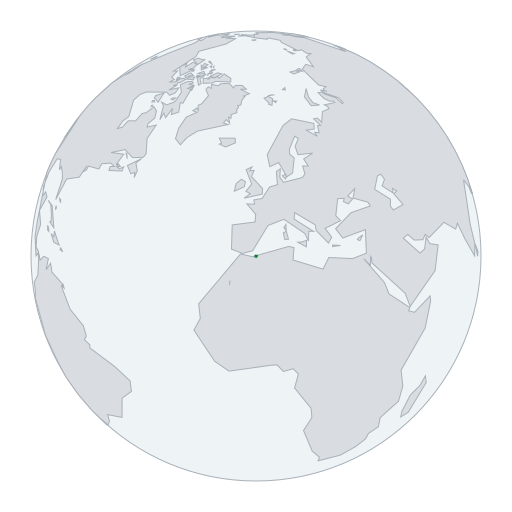 Aïn Témouchent highlighted on a globe, orthographic projection
{"feature_id": "DZA-2144", "entity_name": "Aïn Témouchent", "entity_type": "Province", "adm_level": 1, "iso_a3": "DZA", "parent_name": "Algeria", "parent_adm1": "", "projection": "orthographic", "projection_center": [-1.072, 35.355], "detail": "fine", "context": "on_globe", "style": "filled", "palette": "green", "viewbox_px": 512, "rotation_deg": 0, "n_neighbors": 0, "source": "natural_earth", "source_scale": "10m", "svg_char_len": 9947}
<svg xmlns="http://www.w3.org/2000/svg" viewBox="0 0 512 512"><circle cx="256" cy="256" r="225" fill="#eef3f6" stroke="#a8b0b8"/><path d="M76.9,119.4L86.6,107.5L93.4,100.0L95.9,97.6L112.5,82.5L130.9,70.9L125.3,75.0L130.3,72.3L137.8,67.3L141.4,64.7L169.0,53.0L194.8,42.9L199.4,40.0L201.1,40.9L207.5,36.4L219.2,33.8L208.1,36.7L208.6,37.2L217.7,35.0L220.1,35.1L225.9,34.3L228.1,34.8L221.5,37.1L222.7,37.7L229.0,36.2L235.2,36.2L225.7,38.2L235.5,38.6L226.1,44.0L199.1,51.2L195.9,56.6L173.5,71.1L177.6,70.9L171.7,77.1L174.3,79.5L169.4,82.1L175.6,81.8L179.6,79.1L183.7,78.2L185.6,79.5L179.7,82.8L177.9,82.6L177.1,84.3L173.3,85.5L176.3,85.7L168.9,89.9L178.9,87.8L175.2,93.0L169.6,95.3L166.8,92.2L146.6,92.0L140.0,94.4L133.6,100.2L128.8,116.6L122.9,120.9L117.5,128.6L122.3,127.2L128.2,120.8L135.7,120.8L142.1,113.5L146.1,112.7L154.0,106.9L156.5,111.0L154.6,118.3L148.1,123.5L147.1,127.1L156.2,125.1L147.1,138.4L146.1,153.8L143.3,157.3L132.6,157.7L125.0,149.6L111.1,152.5L123.8,154.2L116.7,163.7L117.0,167.0L119.6,168.8L123.7,166.8L122.0,171.1L108.9,170.4L110.2,166.5L114.3,166.5L110.8,163.1L101.8,163.7L98.9,169.0L88.5,166.1L86.3,170.0L82.8,172.0L87.0,165.7L79.2,177.2L66.6,179.0L55.7,199.6L62.4,178.8L62.3,172.2L61.3,166.6L59.4,169.8L60.6,159.4L57.2,158.8L49.2,171.6L43.5,186.3L42.8,195.8L45.7,191.8L47.0,197.0L39.5,210.4L40.6,224.4L36.7,236.8L36.1,247.1L38.3,250.9L40.1,260.1L43.7,256.3L48.4,258.5L46.1,269.7L50.6,263.2L52.0,272.2L62.8,284.3L61.3,285.9L70.1,309.2L83.3,325.7L86.3,336.1L84.4,339.7L89.8,344.7L89.9,348.0L114.7,366.5L130.1,380.9L131.4,391.4L122.1,398.1L122.0,417.4L107.6,414.6L109.5,421.0L108.1,424.9L98.6,416.9L107.2,425.0L106.9,424.9L91.9,410.3L78.3,394.5L66.2,377.4L57.9,361.9L53.5,352.6L45.5,335.2L35.3,297.8L35.3,290.0L34.3,282.3L37.9,275.0L38.7,258.2L37.9,253.2L36.0,255.8L35.1,236.4L37.2,221.7L47.1,171.7L50.9,162.8L55.3,153.9L80.7,114.6L64.1,138.1L76.9,119.4ZM52.2,205.7L53.8,227.8L49.8,221.8L51.1,221.4L51.4,214.3L50.8,204.7L48.2,200.3L52.2,205.7ZM59.9,200.5L59.4,197.6L60.3,199.6L59.9,200.5ZM142.6,63.7L137.7,67.3L130.0,72.0L133.9,69.0L142.6,63.7ZM157.5,56.0L155.9,57.3L150.3,59.4L153.0,58.0L157.5,56.0ZM202.1,38.3L197.6,39.7L201.1,38.4L202.1,38.3ZM226.4,34.1L226.9,33.8L229.7,33.6L226.4,34.1ZM152.1,105.1L153.0,106.0L151.1,106.6L152.1,105.1ZM154.7,101.9L151.8,102.0L152.6,100.5L154.4,100.5L154.7,101.9ZM235.5,34.3L239.8,34.3L234.3,34.6L235.5,34.3ZM158.1,102.2L154.4,97.9L155.9,95.4L163.8,93.3L158.1,102.2ZM241.6,34.6L252.2,35.3L254.2,34.4L254.5,37.7L245.4,35.8L238.2,36.1L242.1,35.3L241.6,34.6ZM180.1,77.7L175.9,80.6L177.7,77.1L180.1,77.7ZM180.2,75.7L179.7,67.0L186.8,63.6L185.5,67.0L193.3,62.1L197.0,64.7L193.5,68.0L188.2,69.5L193.7,69.4L180.2,75.7ZM252.9,39.8L254.5,40.5L251.6,40.2L252.9,39.8ZM185.5,77.6L184.7,75.9L190.8,72.8L193.4,75.6L190.6,75.7L185.5,77.6ZM193.5,59.8L198.5,58.2L202.8,59.8L205.3,59.5L197.7,64.5L193.5,59.8ZM190.2,77.0L194.5,77.1L193.4,79.9L186.6,79.0L190.2,77.0ZM191.3,71.0L194.3,69.7L193.5,71.3L191.3,71.0ZM191.7,90.3L190.7,88.0L193.8,86.2L191.7,90.3ZM196.2,77.0L196.6,76.1L197.7,75.2L200.3,75.9L196.2,77.0ZM201.3,65.4L202.0,66.6L204.6,63.4L208.0,64.8L202.3,68.0L206.2,67.2L207.2,67.7L201.3,69.9L201.3,65.4ZM206.2,74.0L200.0,79.1L201.2,83.5L198.5,85.2L197.1,77.9L206.2,74.0ZM203.9,71.3L204.7,73.3L200.9,74.2L198.0,73.5L203.9,71.3ZM212.4,64.7L208.7,61.7L210.1,61.2L212.4,64.7ZM207.3,75.0L208.7,73.8L207.8,75.2L207.3,75.0ZM211.6,67.6L210.1,66.5L211.8,65.9L211.6,67.6ZM212.9,72.4L210.9,74.0L208.9,73.4L212.9,72.4ZM212.9,70.0L215.5,69.4L209.3,72.3L212.0,69.6L212.9,70.0ZM213.4,67.1L213.9,66.4L213.8,67.7L213.4,67.1ZM221.8,73.9L214.5,77.6L210.0,76.3L217.7,72.8L221.8,73.9ZM308.1,36.8L304.3,36.6L281.9,34.8L291.7,35.3L291.8,36.0L296.7,36.9L303.4,37.6L302.8,37.1L325.3,44.7L346.0,51.7L339.0,47.7L340.1,47.5L355.4,53.8L370.0,61.7L383.9,70.6L397.2,80.4L404.5,86.7L399.2,82.4L408.5,90.7L410.9,92.6L406.1,88.0L417.5,99.0L428.2,110.7L438.0,123.2L446.9,136.3L454.8,150.0L461.8,164.3L467.7,179.0L472.6,194.0L469.3,184.6L471.6,193.8L469.0,186.9L463.5,179.7L465.5,192.8L470.2,224.4L474.8,243.2L474.7,256.0L464.8,238.6L457.4,223.2L455.7,229.1L443.9,222.3L429.0,237.6L425.2,234.4L422.8,239.7L414.2,240.1L407.8,234.4L403.4,238.2L420.0,253.1L424.6,249.0L426.1,237.2L430.0,243.7L438.1,244.9L435.1,270.6L410.2,306.4L405.1,293.2L372.0,263.0L371.5,257.8L371.2,257.3L370.7,256.5L370.4,265.3L363.8,258.8L384.4,282.5L389.1,294.0L409.9,307.6L408.6,310.8L414.5,312.3L430.1,295.9L430.7,300.7L425.1,328.1L401.1,370.1L402.8,386.2L398.5,401.2L380.2,417.6L378.4,426.7L368.4,433.5L365.6,438.8L355.7,446.5L340.4,455.1L318.1,460.8L319.4,457.2L312.2,451.1L303.5,430.5L311.9,417.6L311.1,408.3L294.6,388.0L298.4,374.0L293.3,368.8L283.3,371.4L277.1,364.9L270.7,365.3L229.0,371.1L214.7,361.3L193.9,330.1L200.3,318.5L198.7,303.8L240.5,254.0L252.5,256.7L288.9,246.4L294.0,247.6L293.0,260.0L323.1,269.1L328.8,257.5L352.6,258.6L366.4,253.2L365.4,229.6L342.8,238.0L335.6,228.7L351.0,212.7L370.2,206.0L368.0,202.2L353.1,198.1L354.7,188.6L347.6,196.1L352.6,198.9L348.3,203.9L343.5,201.7L344.2,198.3L337.6,198.7L335.8,215.8L340.6,220.6L325.1,228.4L331.7,237.2L328.5,243.1L316.2,230.5L315.2,224.8L294.6,212.6L294.2,219.1L313.6,231.4L308.8,231.2L308.4,241.1L304.9,233.5L283.9,219.3L268.0,225.5L252.6,250.8L242.3,253.4L231.5,249.1L232.2,224.9L255.1,222.0L255.7,214.3L246.9,203.9L254.6,204.2L253.8,199.9L262.1,198.5L269.6,187.0L277.4,184.7L276.4,171.5L280.3,168.8L279.8,177.2L283.6,182.3L302.4,177.5L304.9,174.0L302.7,166.0L308.2,166.1L303.7,159.0L312.6,153.1L298.0,154.7L295.1,146.3L298.3,138.4L294.7,136.2L289.4,149.1L289.7,154.2L294.2,157.9L292.6,173.0L287.0,176.7L278.7,162.6L269.8,166.7L267.2,154.7L282.9,125.7L291.5,118.8L313.9,123.4L314.2,129.1L306.3,130.1L317.2,136.3L314.6,132.3L319.2,132.7L317.5,125.5L320.6,125.4L313.7,118.9L317.4,118.1L321.7,122.2L322.4,111.7L328.9,108.7L327.6,106.4L324.3,104.9L334.8,102.5L333.3,101.0L329.3,101.1L323.8,98.3L318.1,92.6L322.1,92.1L324.7,94.1L336.0,97.8L342.2,103.6L343.3,102.9L338.8,97.8L325.0,93.1L320.4,89.9L327.0,91.3L324.3,90.5L323.3,88.8L326.0,86.8L318.7,85.1L302.3,69.1L305.8,64.3L313.5,66.8L306.2,57.0L310.8,53.6L307.1,53.5L301.1,49.6L299.5,50.6L297.3,50.3L281.2,42.2L280.4,40.4L269.3,38.1L267.4,38.2L267.3,39.3L254.5,37.7L254.2,34.4L258.6,34.1L255.5,32.7L265.8,32.7L272.9,32.4L286.0,34.0L290.5,34.1L288.7,33.6L293.5,33.9L301.2,35.3L308.1,36.8ZM229.9,280.6L229.6,285.1L229.9,280.6ZM393.3,210.0L403.0,204.5L393.8,193.7L396.7,190.9L392.5,188.5L393.1,193.0L382.1,185.9L384.5,179.3L380.8,174.2L377.4,175.9L374.7,189.4L390.5,199.2L390.3,206.2L393.3,210.0ZM63.2,284.6L64.2,288.2L62.2,286.3L63.2,284.6ZM47.7,225.3L48.7,228.3L48.8,231.4L47.6,229.9L47.7,225.3ZM60.8,247.9L62.8,251.8L60.0,249.6L60.8,247.9ZM54.4,231.0L59.1,245.1L53.8,242.3L51.1,233.6L53.9,236.9L54.4,231.0ZM56.1,205.6L56.4,208.1L55.3,209.6L56.1,205.6ZM60.6,202.1L60.2,201.6L60.7,199.1L60.6,202.1ZM117.5,163.7L118.5,163.9L120.3,166.5L118.0,166.7L117.5,163.7ZM137.3,170.7L134.2,177.5L134.8,172.5L130.9,173.8L127.4,165.5L141.7,158.6L135.9,163.0L137.3,170.7ZM126.7,153.3L127.3,158.8L126.1,153.1L126.7,153.3ZM241.4,179.3L245.5,181.7L244.3,186.8L234.4,191.2L236.1,183.6L241.4,179.3ZM251.7,184.0L246.1,169.7L252.0,166.9L249.7,170.8L254.1,170.4L251.5,176.6L262.6,188.6L262.2,194.1L244.2,198.2L250.3,193.6L245.9,191.3L251.7,184.0ZM221.6,143.0L219.3,138.1L235.1,138.2L235.4,142.8L225.6,147.0L219.4,144.1L221.6,143.0ZM172.9,100.0L171.0,99.1L172.6,98.0L175.6,97.9L172.9,100.0ZM191.0,89.4L182.9,103.2L180.3,102.7L178.7,112.1L171.3,114.6L172.6,108.4L165.6,117.7L163.8,113.1L159.9,119.7L163.5,105.5L161.6,102.2L166.6,104.8L173.5,102.4L175.9,100.4L181.3,92.4L180.5,84.7L187.3,81.6L192.2,81.5L193.4,82.9L188.7,84.3L193.7,85.2L187.7,88.4L191.0,89.4ZM246.4,89.3L240.3,89.2L249.4,93.7L243.5,96.0L244.9,96.4L242.0,99.9L240.8,105.0L237.7,105.5L238.6,107.3L236.6,109.9L236.9,112.6L231.2,114.6L231.0,118.3L228.5,117.2L229.7,123.0L226.3,119.6L223.4,123.0L228.2,124.5L197.4,131.1L187.2,137.4L180.4,144.8L175.5,138.7L178.7,128.2L186.3,117.1L196.9,112.3L192.8,110.7L196.7,108.1L198.3,110.4L198.1,105.3L201.7,103.8L208.5,95.6L205.9,89.7L208.3,86.8L211.1,88.4L211.6,84.5L218.5,85.7L220.4,83.8L229.2,83.3L233.5,87.9L235.3,85.5L242.1,85.4L246.4,89.3ZM224.2,73.9L230.8,78.4L230.8,81.9L215.5,81.4L212.9,82.9L203.1,83.3L203.3,78.2L206.1,78.5L208.8,77.7L207.7,79.6L210.7,77.5L214.6,77.9L218.0,76.5L219.2,78.3L224.2,73.9ZM297.8,242.2L301.4,242.1L306.5,240.4L306.4,246.9L297.8,242.2ZM283.3,232.8L286.3,231.4L288.5,239.2L284.8,239.6L283.3,232.8ZM285.9,224.4L286.2,230.8L283.9,227.6L285.9,224.4ZM282.3,175.8L285.2,174.2L286.3,175.9L285.6,179.0L282.3,175.8ZM272.0,105.4L268.6,104.2L269.0,103.1L264.1,98.2L268.1,96.4L272.6,98.7L272.0,105.4ZM362.7,234.9L359.9,240.7L357.3,239.5L358.8,237.7L362.7,234.9ZM332.7,244.9L340.5,245.5L332.5,246.6L332.7,244.9ZM275.6,102.6L273.1,100.7L276.6,101.1L275.6,102.6ZM270.7,95.0L274.5,94.8L268.0,95.7L270.7,95.0ZM426.2,382.5L408.2,412.3L400.7,417.0L401.9,411.4L410.3,395.0L420.0,385.4L425.4,375.8L426.2,382.5ZM475.4,244.3L478.0,251.7L477.6,256.2L475.4,244.3ZM306.1,88.5L308.5,97.0L312.9,102.7L319.5,105.0L311.2,105.7L304.5,96.9L306.1,88.5ZM302.4,71.4L296.6,69.9L298.3,68.6L299.9,68.7L302.4,71.4ZM299.4,71.9L293.8,74.0L290.0,72.0L295.2,70.7L299.4,71.9ZM284.9,87.5L285.3,90.0L282.5,89.6L284.9,87.5ZM346.2,49.6L337.5,46.7L333.7,45.4L338.9,46.5L340.4,47.1L341.8,47.7L343.3,48.3L346.2,49.6ZM256.3,39.9L254.7,40.4L254.6,39.7L256.3,39.9ZM296.6,51.0L293.6,50.5L293.6,49.4L296.6,51.0ZM285.2,48.8L287.2,50.3L283.4,48.9L285.2,48.8ZM292.2,54.0L287.3,51.1L294.3,53.6L292.2,54.0Z" fill="#d9dde1" stroke="#a8b0b8" stroke-width="1"/><path d="M255.1,256.1L255.3,256.0L255.3,255.9L255.4,255.6L255.5,255.5L255.6,255.2L255.8,255.1L255.9,254.9L255.9,255.0L256.0,255.2L256.1,255.3L256.1,255.5L256.0,255.8L256.1,255.7L256.3,255.7L257.1,255.5L257.3,255.6L257.4,255.8L257.3,256.0L257.0,256.1L256.9,256.3L256.7,256.4L256.6,256.5L256.6,256.8L256.4,256.8L256.2,257.1L255.4,256.6L255.2,256.7L255.2,256.4L255.2,256.2L255.1,256.1Z" fill="#22c55e" stroke="#15803d" stroke-width="1.5"/></svg>